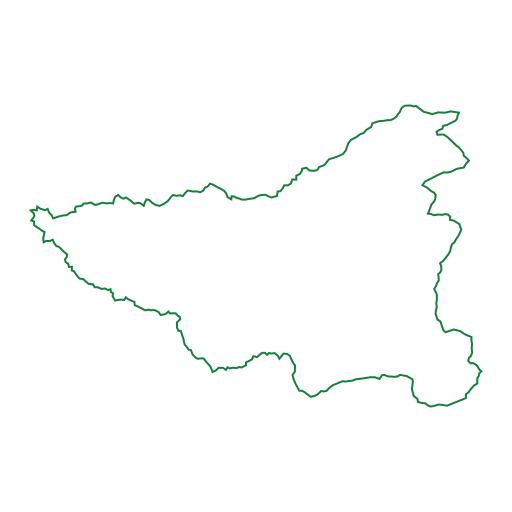 Guarani de Goiás, Goiás, Brazil
{"feature_id": "56859067B43710707845726", "entity_name": "Guarani de Goiás", "entity_type": "district", "adm_level": 2, "iso_a3": "BRA", "parent_name": "Brazil", "parent_adm1": "Goiás", "projection": "albers", "projection_center": [-46.452, -13.879], "detail": "fine", "context": "isolated", "style": "outline", "palette": "green", "viewbox_px": 512, "rotation_deg": 0, "n_neighbors": 0, "source": "geoboundaries", "source_scale": "gbopen_adm2", "svg_char_len": 5022}
<svg xmlns="http://www.w3.org/2000/svg" viewBox="0 0 512 512"><path d="M459.0,112.6L450.7,111.4L445.1,112.7L438.2,112.4L432.1,114.2L429.0,113.1L423.7,111.8L416.1,106.0L413.6,106.4L410.8,105.5L404.8,105.7L401.7,107.8L399.8,112.0L397.9,114.3L396.7,116.4L394.0,118.5L390.7,120.1L387.0,120.2L383.8,120.8L380.2,121.0L376.5,121.9L372.4,123.3L371.2,127.0L366.7,129.6L363.6,133.0L360.3,134.2L356.2,137.2L351.0,139.8L348.1,143.6L345.9,150.3L343.0,154.0L337.6,156.5L329.2,159.2L327.4,161.2L324.8,164.7L322.3,166.0L319.3,166.9L317.1,170.2L313.6,170.8L309.2,170.4L306.5,167.8L302.2,168.7L301.7,171.2L299.9,174.0L296.3,175.7L296.3,179.6L292.3,179.5L290.9,183.5L287.8,185.4L284.2,185.3L282.8,188.3L280.4,191.2L277.6,191.5L277.0,196.0L271.5,197.5L267.8,196.1L265.7,194.8L261.6,195.0L258.1,195.9L254.2,198.2L249.0,198.9L244.8,199.7L241.8,199.6L239.2,198.5L236.8,198.0L234.5,196.6L231.6,196.3L231.3,199.3L227.7,197.3L226.2,193.5L224.2,190.9L220.2,188.5L217.3,187.2L213.9,185.1L210.0,183.6L207.8,186.4L205.1,187.6L203.3,190.5L200.4,192.2L196.5,191.4L193.1,191.5L190.2,190.9L187.5,190.6L184.8,193.5L182.9,196.1L180.1,195.3L176.6,195.8L173.0,195.0L170.8,197.2L167.7,201.2L163.6,204.0L159.8,205.8L157.1,205.4L154.7,204.5L151.9,202.5L149.2,200.0L146.5,199.4L145.0,202.1L143.7,205.8L140.2,203.1L137.5,203.0L134.2,203.7L130.9,200.9L126.1,197.5L123.2,198.7L120.2,197.0L118.2,194.9L115.1,196.8L113.9,200.0L113.1,203.4L110.2,203.1L106.6,203.4L102.2,202.7L98.1,204.3L95.0,204.9L90.9,202.5L86.9,203.5L83.6,203.5L82.0,205.6L79.4,206.2L76.2,206.5L74.9,208.6L75.6,211.7L70.4,212.5L66.5,215.2L63.4,215.4L59.6,216.2L53.1,218.4L51.6,215.1L49.3,212.9L47.6,208.9L45.2,210.2L40.2,208.7L37.3,206.6L36.7,210.4L33.6,209.9L30.7,210.4L33.8,213.4L34.4,216.1L32.9,218.3L31.3,220.6L34.1,221.5L34.2,225.4L39.4,228.7L41.9,230.6L44.6,232.0L43.2,238.4L43.7,242.3L46.2,240.9L49.6,241.1L52.7,239.7L54.0,242.7L56.3,246.1L58.8,246.7L61.3,249.1L63.5,251.5L67.2,254.5L66.7,257.2L65.0,259.4L65.7,262.2L68.1,263.6L69.0,266.9L71.9,266.8L71.8,270.5L74.0,271.2L75.3,273.3L77.3,276.0L79.5,278.5L83.5,279.2L85.5,281.3L88.8,283.9L93.1,284.4L94.6,287.2L97.8,287.3L101.4,288.9L105.3,288.5L107.9,290.1L110.5,289.2L110.9,292.0L113.1,293.4L112.5,295.9L113.7,298.1L115.1,300.5L120.8,299.6L124.2,300.0L125.9,297.3L127.7,299.0L131.4,300.7L134.4,301.9L134.8,305.2L137.8,306.5L141.0,308.1L145.1,310.3L148.9,309.7L151.3,310.3L154.3,310.0L158.4,311.9L160.6,314.9L163.6,314.6L166.3,313.5L168.4,311.5L170.0,313.4L175.7,313.3L177.6,315.6L179.7,316.8L180.2,319.3L176.9,322.4L177.0,327.6L178.4,330.8L180.8,330.9L182.0,334.8L183.3,338.4L184.0,342.0L184.7,344.5L186.5,346.6L188.7,349.7L191.0,350.2L192.4,354.2L195.8,357.8L197.9,358.8L201.3,358.3L203.8,358.5L205.9,361.5L210.2,366.3L211.3,368.5L212.6,372.0L215.8,370.5L218.6,367.8L223.1,367.9L225.9,369.9L227.5,367.3L229.8,368.4L232.7,367.7L236.8,368.1L239.2,367.0L241.6,367.5L246.1,365.2L246.0,362.5L249.8,360.5L251.9,359.5L253.4,356.2L256.9,357.1L262.1,352.9L265.1,352.9L267.1,354.9L268.9,353.0L271.2,353.6L274.6,353.1L277.8,355.7L279.4,358.7L281.9,355.6L283.4,353.6L286.8,353.9L289.9,355.7L290.9,358.3L293.5,363.5L295.1,365.4L294.9,368.0L294.9,371.5L292.6,375.1L293.5,378.9L295.5,383.7L299.3,390.7L302.3,390.9L304.6,392.2L310.7,396.8L314.4,396.0L317.6,394.4L321.2,391.0L324.0,391.5L326.6,390.8L329.2,388.0L333.0,385.1L336.6,383.7L342.5,381.2L345.7,381.6L348.7,381.0L351.8,380.8L356.0,379.3L361.7,378.6L365.3,378.0L370.5,377.2L375.1,377.3L379.5,379.0L382.0,375.2L384.5,375.0L387.9,376.4L394.9,376.8L397.7,376.4L400.0,374.9L406.8,376.1L412.3,379.2L412.9,381.6L411.9,389.1L413.8,396.1L417.4,398.8L418.0,402.0L421.6,402.9L425.4,403.4L427.9,405.4L430.2,406.5L433.0,406.2L439.0,404.5L444.2,405.2L447.1,405.7L465.9,398.1L465.9,394.4L468.8,392.0L470.7,389.2L474.0,385.5L477.3,383.5L477.3,378.0L478.7,376.0L479.3,373.3L481.3,371.3L479.3,369.5L477.0,365.5L473.2,363.1L470.5,363.3L468.2,360.8L468.9,358.0L471.0,355.8L472.2,352.6L471.7,347.9L472.1,344.0L471.4,340.3L471.5,337.0L467.2,335.3L464.3,334.0L460.2,331.1L453.8,329.5L445.6,332.2L443.4,330.3L440.4,321.4L437.4,319.5L436.6,316.9L435.6,313.5L436.0,310.1L436.8,307.1L436.3,303.1L436.9,299.1L436.8,294.3L434.2,288.9L436.0,286.1L436.9,283.4L438.8,280.4L438.5,276.9L438.2,274.2L440.2,272.4L441.4,270.0L441.2,266.2L440.0,263.3L443.4,260.6L447.9,255.0L450.2,251.1L450.9,247.5L451.9,244.4L454.4,242.3L455.9,239.5L458.5,235.8L460.0,232.5L461.3,229.4L460.0,226.7L459.4,224.1L457.3,222.8L454.0,220.7L449.9,219.8L450.3,216.9L448.3,214.8L445.3,214.0L442.2,214.9L438.6,214.5L433.9,215.2L430.6,213.9L427.9,213.6L429.1,211.1L431.5,204.4L434.1,201.5L435.2,199.2L435.7,195.0L434.1,192.7L430.8,190.9L427.5,187.9L422.5,185.2L424.8,181.7L437.3,175.3L443.8,172.3L447.3,172.6L450.8,171.8L456.9,168.8L463.6,167.6L466.1,163.6L468.9,160.6L466.9,158.4L463.8,155.7L463.3,152.8L458.7,147.1L456.7,145.9L453.1,142.4L447.3,136.9L443.8,134.6L441.3,134.5L437.4,134.8L436.5,131.7L439.5,129.9L442.4,128.7L443.1,125.9L446.9,125.0L451.4,122.7L455.5,120.7L457.0,118.8L457.6,115.5L459.0,112.6Z" fill="none" stroke="#15803d" stroke-width="2"/></svg>